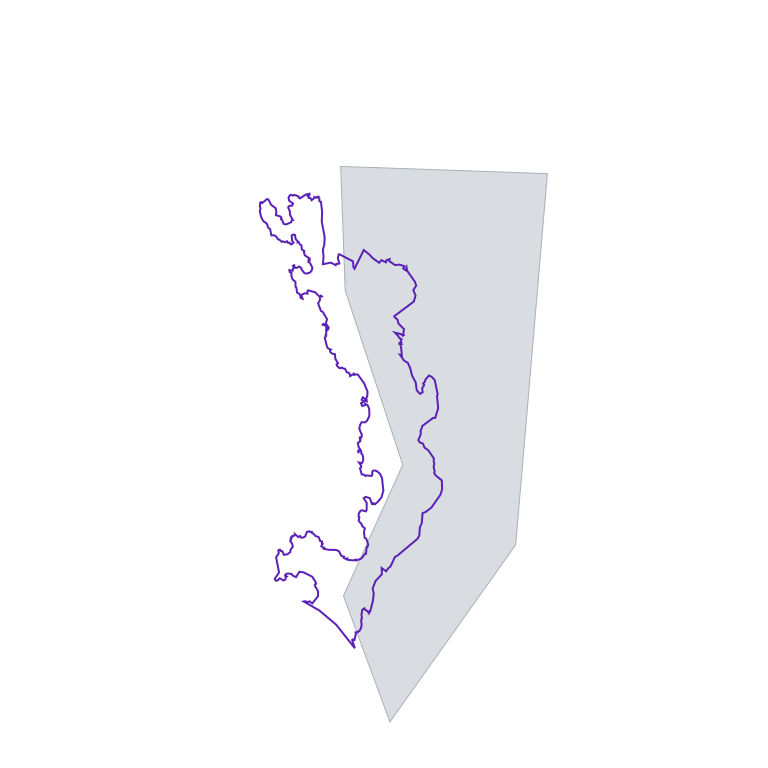 West Mahe, Anse Boileau, Seychelles shown in context, rotated 37°
{"feature_id": "34574756B14018612202061", "entity_name": "West Mahe", "entity_type": "district", "adm_level": 2, "iso_a3": "SYC", "parent_name": "Seychelles", "parent_adm1": "Anse Boileau", "projection": "albers", "projection_center": [55.437, -4.697], "detail": "fine", "context": "in_parent", "style": "outline", "palette": "violet", "viewbox_px": 768, "rotation_deg": 37, "n_neighbors": 0, "source": "geoboundaries", "source_scale": "gbopen_adm2", "svg_char_len": 6323}
<svg xmlns="http://www.w3.org/2000/svg" viewBox="0 0 768 768"><g transform="rotate(37 384 384)"><path d="M585.9,433.1L592.1,650.3L479.1,577.6L447.6,437.2L296.7,332.6L218.5,236.3L387.9,117.7L585.9,433.1Z" fill="#d9dde1" stroke="#a8b0b8" stroke-width="1"/><path d="M332.0,277.4L332.8,280.2L329.8,280.2L329.6,277.6L324.8,279.2L321.1,282.4L314.2,282.7L313.3,280.9L311.5,283.5L312.3,285.7L307.4,286.6L307.2,290.1L299.1,290.3L294.7,289.4L287.2,289.2L291.1,309.7L289.2,309.0L285.4,304.7L270.5,307.2L269.8,307.7L271.4,311.3L275.7,314.4L275.7,315.1L273.6,316.7L274.0,318.2L268.6,319.0L263.1,325.1L258.9,318.4L254.4,313.6L252.4,308.5L248.3,302.5L236.5,291.7L230.8,283.5L224.0,276.5L222.4,276.9L220.6,274.6L219.6,274.7L219.0,273.8L218.0,274.6L217.9,276.0L215.8,276.6L216.3,278.2L215.5,280.8L213.5,279.8L211.8,280.6L210.8,279.5L210.0,279.9L209.6,279.2L210.7,277.8L209.9,276.9L207.5,279.9L205.2,286.3L203.9,286.5L202.9,285.6L199.8,286.5L198.4,287.1L197.9,288.4L195.7,288.9L195.3,290.0L195.4,292.3L197.9,294.7L202.8,294.6L203.3,296.9L201.5,298.3L201.0,300.0L201.5,300.9L205.1,302.9L207.0,305.4L212.3,307.8L211.7,308.1L212.5,310.7L209.7,315.6L207.5,316.5L203.5,314.1L202.6,314.4L201.8,312.8L200.8,312.5L196.0,314.2L194.3,311.1L191.8,308.8L186.1,308.8L180.5,306.2L179.2,306.8L177.8,312.9L176.7,312.5L175.9,313.6L178.1,317.1L179.8,318.1L180.7,320.6L184.8,324.2L189.3,326.5L193.9,326.5L197.7,328.9L199.9,328.9L204.6,333.1L206.8,331.3L209.3,331.1L212.2,332.3L213.5,331.7L216.7,332.0L217.1,331.1L219.3,330.5L220.8,328.3L222.1,329.1L223.7,327.9L225.0,328.6L226.1,328.2L226.7,325.6L224.3,324.8L220.8,320.9L221.8,319.0L223.3,318.6L226.2,321.4L229.7,322.0L229.8,322.7L230.5,322.0L232.8,323.2L234.6,322.9L237.4,326.0L240.4,325.8L240.6,326.9L243.4,328.9L249.2,328.5L250.2,329.8L249.1,330.3L250.2,332.0L252.0,331.8L256.9,334.3L257.9,336.7L257.9,339.5L255.7,342.4L253.8,343.4L249.2,342.1L248.3,341.2L245.6,341.2L244.6,343.6L242.9,344.8L240.1,342.7L241.0,344.2L240.5,344.5L242.0,345.3L241.8,346.5L242.9,348.5L239.9,350.0L241.3,351.3L243.3,351.0L244.9,353.3L248.1,355.5L251.7,355.7L255.0,359.7L256.0,359.7L259.5,363.3L263.1,363.0L265.6,365.4L267.6,364.9L264.4,362.6L266.0,359.3L268.5,357.9L266.9,355.7L267.1,354.8L273.7,352.2L279.7,353.0L280.5,352.4L280.4,351.5L281.6,351.4L280.7,353.6L282.4,355.6L282.9,359.3L289.7,363.6L291.8,363.3L299.5,366.5L301.5,371.6L301.0,372.4L299.5,372.4L299.4,373.6L301.3,372.9L302.1,371.0L305.7,372.1L306.6,373.8L306.2,375.4L304.8,373.9L303.7,373.5L307.5,378.5L307.9,380.1L308.9,380.3L308.8,382.7L316.2,388.6L318.0,389.2L320.8,388.5L320.5,389.5L321.8,390.8L324.6,390.9L326.8,389.7L329.9,393.1L334.8,395.1L334.3,396.8L335.5,397.7L339.1,398.1L340.7,396.1L341.5,396.4L343.7,395.3L347.1,397.0L349.8,396.2L352.2,398.1L353.1,395.3L354.4,394.9L353.9,393.8L355.5,393.7L357.2,392.2L367.5,395.3L375.4,400.0L378.0,403.8L378.4,407.2L379.0,406.5L380.8,408.3L379.5,409.0L377.5,407.4L375.1,407.4L375.7,410.1L378.0,410.2L378.5,410.9L377.2,413.2L379.9,414.6L381.8,411.8L381.1,411.2L383.5,410.7L386.9,412.6L390.3,416.6L391.8,419.1L392.5,423.9L392.1,425.9L389.1,428.0L389.6,431.3L391.2,434.6L397.1,438.1L398.0,440.0L397.4,440.6L398.6,442.5L397.8,442.3L399.4,444.2L398.6,446.9L401.7,449.6L405.3,451.0L404.9,451.0L404.5,451.2L403.5,452.6L404.1,453.7L405.3,454.4L404.1,452.7L404.9,451.0L405.7,451.0L407.9,453.3L409.3,453.4L411.1,454.8L413.4,457.5L414.0,460.5L411.3,461.8L415.0,463.0L415.9,464.3L415.5,465.7L420.6,469.6L422.1,468.7L424.6,468.6L424.8,467.7L429.4,464.9L429.4,463.7L427.5,461.2L427.4,459.9L428.5,458.7L430.6,457.9L434.7,458.1L438.9,460.2L447.7,469.6L450.2,476.0L449.9,482.4L449.0,485.2L448.3,485.4L448.8,485.6L446.6,487.1L441.4,483.7L437.2,485.2L436.5,487.4L441.7,489.3L445.9,495.0L446.1,496.7L442.4,498.1L441.5,499.5L441.9,502.9L443.9,505.5L444.5,505.3L446.2,508.6L450.4,509.4L452.0,510.6L455.6,510.8L457.3,514.6L461.1,518.5L463.0,518.3L467.9,521.6L468.9,524.0L468.4,524.7L471.7,530.5L471.0,530.7L471.0,537.0L467.9,541.8L467.0,541.3L466.0,543.1L461.0,546.2L460.1,546.4L459.7,545.4L458.3,546.8L456.5,547.1L456.0,545.9L453.6,547.0L448.7,544.7L445.7,545.3L439.6,549.7L435.3,551.8L434.8,550.7L433.7,551.4L431.5,551.2L431.3,548.8L430.7,549.1L429.3,547.1L427.7,547.9L423.9,545.6L420.3,546.7L417.7,545.9L416.5,546.4L415.3,545.5L414.2,546.7L413.1,546.5L411.4,548.6L412.8,553.3L411.2,556.1L410.2,556.5L408.4,555.9L407.8,557.8L403.3,557.5L404.1,558.2L402.4,560.3L402.9,560.6L402.0,562.5L402.9,562.9L402.7,564.2L403.7,564.7L403.7,565.9L406.7,566.8L409.0,568.7L409.2,572.7L410.3,574.6L409.3,578.1L406.9,580.7L403.3,578.7L401.9,579.5L400.5,578.9L399.7,580.4L401.8,582.5L402.2,587.4L413.6,597.7L414.0,605.4L416.1,606.2L417.4,604.6L417.7,601.9L422.1,601.3L422.9,599.4L421.6,597.3L422.2,596.2L420.9,596.1L420.9,596.9L420.0,596.2L420.2,594.5L421.4,593.1L424.5,591.3L426.0,592.0L430.0,591.2L429.4,584.9L433.3,582.8L442.6,581.1L448.8,583.4L450.0,584.5L449.5,585.4L450.0,586.6L456.2,589.3L459.0,593.2L458.8,602.4L455.3,602.4L454.3,604.2L451.9,604.8L450.8,606.0L468.8,603.8L490.7,605.0L519.8,612.6L512.6,607.6L512.7,606.9L514.5,606.3L511.9,600.5L510.8,599.5L512.4,598.1L512.0,597.5L513.0,596.1L512.6,593.1L511.2,590.0L507.5,585.9L507.4,584.4L504.9,581.9L502.5,577.3L503.4,574.9L504.7,575.8L507.4,575.3L509.8,576.2L509.2,574.6L509.9,574.2L505.6,563.8L501.9,557.5L498.0,554.1L495.8,546.4L496.8,537.2L492.9,532.4L498.5,532.3L498.2,529.1L499.0,525.8L496.8,515.4L498.0,513.0L503.9,487.5L503.4,483.8L498.9,476.9L498.0,472.6L492.5,463.9L494.4,460.9L496.2,454.0L495.7,438.4L493.7,433.0L488.2,426.2L480.2,425.9L477.7,425.0L477.3,423.6L473.1,419.9L472.4,417.6L470.3,416.0L468.7,413.5L459.4,410.3L454.6,410.4L451.0,408.2L447.7,409.1L445.2,408.2L443.5,401.7L441.7,399.9L439.9,394.4L443.6,381.6L445.3,380.2L441.8,370.7L433.4,361.5L433.2,360.0L422.1,350.3L417.9,349.6L414.8,350.1L414.4,355.8L415.3,357.4L415.0,360.1L416.7,360.6L417.0,364.4L419.9,367.4L418.7,370.2L415.2,369.6L413.8,369.2L408.4,363.7L401.2,360.3L395.4,355.6L390.3,352.8L385.8,353.2L379.3,351.1L381.1,350.5L375.4,344.2L372.9,342.5L373.5,341.9L372.2,341.9L372.6,343.3L371.6,342.1L373.0,340.4L371.3,339.4L371.2,337.7L368.3,338.0L366.5,337.1L361.8,336.4L367.5,333.9L370.0,334.2L370.5,333.1L369.2,332.3L367.0,328.2L359.2,327.0L355.9,324.4L352.3,324.3L351.4,323.6L358.2,300.2L355.9,294.3L350.9,291.4L350.5,286.1L347.3,283.8L334.3,279.6L332.0,277.4Z" fill="none" stroke="#5b21b6" stroke-width="2"/></g></svg>